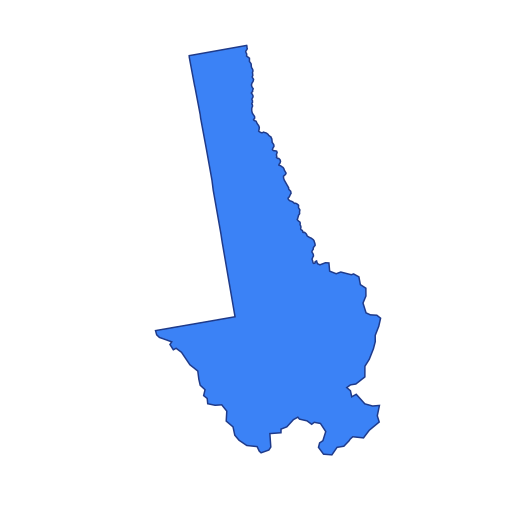 Summit, Utah, United States of America (Natural Earth projection), rotated 260°
{"feature_id": "52423323B4145431150884", "entity_name": "Summit", "entity_type": "district", "adm_level": 2, "iso_a3": "USA", "parent_name": "United States of America", "parent_adm1": "Utah", "projection": "natural_earth1", "projection_center": [-110.71, 40.9], "detail": "fine", "context": "isolated", "style": "filled", "palette": "blue", "viewbox_px": 512, "rotation_deg": 260, "n_neighbors": 0, "source": "geoboundaries", "source_scale": "gbopen_adm2", "svg_char_len": 4127}
<svg xmlns="http://www.w3.org/2000/svg" viewBox="0 0 512 512"><g transform="rotate(260 256 256)"><path d="M200.0,144.1L195.6,144.5L192.6,146.7L186.1,158.1L183.8,155.9L178.0,158.3L179.0,161.3L174.1,165.9L160.4,172.0L152.8,178.7L144.6,178.3L138.4,178.6L133.2,182.6L127.6,180.2L124.2,183.2L118.9,182.8L116.1,189.8L115.4,196.4L108.3,200.3L98.6,198.0L91.7,203.7L83.2,204.0L77.5,207.3L71.0,214.0L68.1,224.0L63.3,225.3L61.3,226.8L62.7,235.0L65.3,237.4L78.7,238.8L77.6,249.9L81.2,250.6L82.4,256.7L88.4,264.5L90.0,269.2L87.8,270.5L84.8,277.6L80.6,281.6L82.1,284.5L79.9,290.4L71.0,294.2L62.5,289.8L60.9,286.2L56.7,284.3L49.1,288.1L47.0,296.2L53.5,302.6L53.4,309.5L57.8,315.5L59.3,316.9L61.2,319.9L58.2,330.3L60.2,332.4L64.8,337.4L71.1,348.5L77.6,347.7L87.4,351.6L88.0,344.8L91.5,337.5L102.4,330.7L100.7,325.8L106.9,325.6L110.7,322.5L112.7,326.7L112.6,332.1L118.0,342.2L128.5,344.1L134.6,349.6L144.2,355.5L151.0,358.6L157.1,359.6L165.5,364.7L173.1,367.9L176.7,364.7L178.2,358.4L180.9,354.5L191.1,353.2L197.5,357.3L205.2,358.6L209.7,353.8L217.6,353.7L221.4,349.0L221.0,346.6L225.5,336.7L224.6,331.9L228.3,325.9L236.5,326.6L237.3,323.2L236.2,317.4L237.7,315.3L239.3,314.9L240.6,314.8L240.4,314.0L240.0,313.2L239.1,313.1L238.7,312.5L238.7,311.5L239.3,311.0L241.4,310.9L243.2,310.6L244.1,311.2L245.1,311.8L246.0,312.6L247.4,312.7L248.8,312.4L249.6,311.9L250.5,311.8L251.1,312.1L252.0,312.8L252.8,313.6L254.0,313.8L255.2,314.8L256.1,316.0L257.4,316.2L258.6,316.1L259.8,315.9L260.9,315.8L262.0,315.3L262.8,314.6L264.0,313.5L264.8,312.2L265.7,311.1L266.5,310.2L267.2,309.7L268.4,309.6L269.4,309.1L270.4,308.3L270.8,308.0L271.1,307.2L270.9,306.9L271.2,306.3L271.8,306.3L273.1,306.1L273.8,305.2L274.6,304.7L275.5,304.8L276.4,305.2L277.6,305.3L278.6,305.0L279.3,304.8L280.4,305.2L281.5,305.2L282.1,304.9L282.8,304.1L283.4,303.7L284.1,303.2L284.8,302.9L285.6,303.5L286.7,304.0L287.8,304.6L288.7,304.9L289.4,305.7L290.1,306.3L291.0,306.4L292.2,306.6L293.1,307.0L293.8,307.2L294.8,306.8L295.9,306.3L296.9,306.3L297.8,306.6L298.3,306.7L298.9,306.6L299.2,306.2L300.0,305.6L300.6,304.9L301.1,304.1L301.1,303.1L301.9,302.4L303.0,301.5L303.8,300.3L304.4,299.1L305.1,298.4L306.1,297.8L306.7,297.5L307.5,297.7L308.0,298.3L308.4,299.0L309.3,299.6L310.2,300.2L311.0,300.8L311.6,301.4L312.6,301.4L313.7,301.4L314.9,300.6L315.8,300.0L316.7,299.8L317.5,300.0L325.9,297.0L327.7,296.7L329.1,296.8L329.9,297.0L330.5,298.1L331.3,299.3L332.4,300.0L334.6,299.2L335.7,298.8L336.7,298.7L337.7,298.4L338.6,297.9L339.5,296.9L340.6,295.9L341.0,295.1L341.5,294.3L342.2,294.5L343.4,295.8L345.0,296.6L346.6,296.4L348.2,295.3L348.3,294.3L348.9,293.7L349.6,293.3L350.0,293.7L351.1,293.7L352.3,293.7L353.4,294.3L354.4,294.8L355.7,294.5L356.3,293.0L356.7,291.6L357.2,291.0L358.0,290.6L358.7,291.0L359.9,291.8L360.6,292.6L361.4,292.8L362.6,292.8L363.8,292.3L364.6,291.9L365.3,291.6L366.1,291.8L367.1,291.8L368.2,291.9L369.2,291.8L369.9,291.4L370.5,291.5L371.4,290.6L372.5,289.5L373.7,289.0L374.7,288.1L375.5,287.2L376.0,286.1L376.7,284.9L376.3,284.0L376.5,282.5L377.8,280.9L378.5,280.3L379.4,280.7L380.3,281.1L382.2,281.6L384.2,281.2L385.4,280.5L387.0,279.9L388.7,279.5L389.8,277.7L390.6,277.2L391.3,277.7L391.5,278.3L392.2,278.7L393.7,278.8L395.0,278.2L397.3,277.2L399.6,277.0L402.0,277.4L403.1,277.9L404.3,278.7L405.9,278.6L406.6,278.2L407.5,278.7L407.8,279.2L409.6,279.5L410.7,279.1L411.9,279.6L412.7,280.4L414.0,280.9L415.6,280.5L416.6,280.1L417.1,279.7L417.5,279.8L418.1,280.5L418.7,281.3L419.7,281.4L421.2,282.3L422.4,281.7L423.6,281.3L425.2,281.2L426.9,282.0L427.9,282.9L428.4,283.4L430.4,284.3L432.4,283.4L433.4,283.5L434.3,284.2L435.6,284.3L437.5,284.4L438.6,285.1L439.8,285.2L441.0,284.9L442.1,284.4L443.6,284.3L445.0,284.5L446.3,284.5L447.5,283.9L448.8,283.3L450.2,283.6L451.9,283.9L453.1,282.9L453.6,282.2L454.6,281.4L455.2,281.7L456.7,281.9L458.2,281.4L459.3,281.4L460.2,282.1L460.8,282.8L461.7,283.4L462.8,283.3L464.5,283.5L465.0,283.4L464.9,225.0L463.4,224.8L452.8,224.9L434.2,225.1L433.2,225.2L404.8,225.6L401.5,225.4L369.9,225.7L338.2,225.8L328.3,225.3L283.9,225.3L274.8,225.1L199.8,224.8L200.0,144.1Z" fill="#3b82f6" stroke="#1e3a8a" stroke-width="1.5"/></g></svg>